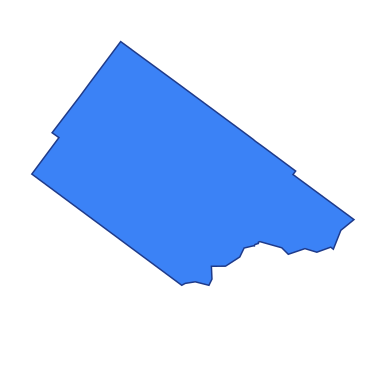 Nevada, Arkansas, United States of America (Equal Earth projection), rotated 125°
{"feature_id": "52423323B31821089885349", "entity_name": "Nevada", "entity_type": "district", "adm_level": 2, "iso_a3": "USA", "parent_name": "United States of America", "parent_adm1": "Arkansas", "projection": "equal_earth", "projection_center": [-93.306, 33.699], "detail": "fine", "context": "isolated", "style": "filled", "palette": "blue", "viewbox_px": 384, "rotation_deg": 125, "n_neighbors": 0, "source": "geoboundaries", "source_scale": "gbopen_adm2", "svg_char_len": 823}
<svg xmlns="http://www.w3.org/2000/svg" viewBox="0 0 384 384"><g transform="rotate(125 192 192)"><path d="M110.1,320.1L109.7,336.7L161.1,338.3L177.9,338.7L223.7,340.6L223.8,332.2L269.2,333.5L274.3,146.9L270.7,145.1L263.7,137.8L258.7,124.6L251.9,125.7L241.7,133.5L233.5,122.0L217.8,115.6L208.0,117.2L200.6,110.6L200.6,110.1L200.3,109.9L200.1,110.0L199.7,110.3L199.3,110.3L198.8,110.2L198.5,110.1L198.3,109.9L197.6,109.2L197.1,109.0L196.8,108.8L196.8,108.7L196.6,108.4L196.3,108.2L196.1,108.1L195.9,108.2L195.7,108.5L195.4,108.5L195.1,108.8L194.6,108.6L194.2,108.3L193.7,107.9L186.2,86.5L187.8,77.4L173.6,67.0L169.7,55.2L157.6,46.7L157.8,43.4L138.0,48.1L121.7,43.5L119.8,119.3L115.4,119.1L114.2,160.7L114.1,169.0L113.8,172.1L113.5,181.5L111.2,269.8L110.1,320.1Z" fill="#3b82f6" stroke="#1e3a8a" stroke-width="1.5"/></g></svg>